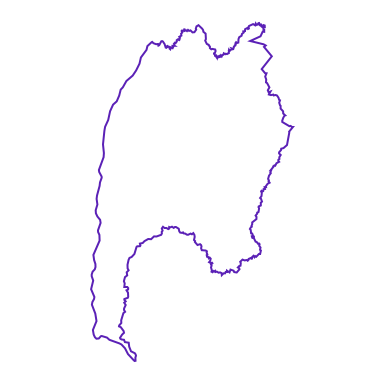 outline of Rorainópolis, Roraima, Brazil
{"feature_id": "56859067B89406114023210", "entity_name": "Rorainópolis", "entity_type": "district", "adm_level": 2, "iso_a3": "BRA", "parent_name": "Brazil", "parent_adm1": "Roraima", "projection": "natural_earth1", "projection_center": [-60.884, -0.216], "detail": "fine", "context": "isolated", "style": "outline", "palette": "violet", "viewbox_px": 384, "rotation_deg": 0, "n_neighbors": 0, "source": "geoboundaries", "source_scale": "gbopen_adm2", "svg_char_len": 5910}
<svg xmlns="http://www.w3.org/2000/svg" viewBox="0 0 384 384"><path d="M135.5,360.8L135.4,357.6L136.0,355.7L135.6,354.4L134.8,353.2L131.0,351.3L129.2,346.7L128.7,342.7L124.9,342.1L124.0,339.8L121.7,339.5L120.5,338.9L120.0,337.9L122.1,334.6L124.0,332.8L123.6,331.0L120.8,327.2L119.0,326.4L119.2,325.4L121.3,323.0L121.2,320.3L123.4,313.1L125.1,311.8L124.0,309.9L124.1,308.4L125.7,305.0L124.2,302.7L125.7,301.4L124.3,299.8L124.4,299.0L127.8,297.8L128.2,296.8L128.0,292.7L126.5,290.3L128.1,289.5L128.2,288.1L127.3,287.0L124.3,287.0L124.7,283.4L123.9,281.2L125.0,277.1L127.2,275.4L126.7,272.3L128.6,270.3L127.6,268.4L127.5,264.8L128.6,259.8L129.5,257.9L131.6,257.0L134.4,254.0L136.5,247.0L137.2,246.3L140.0,246.2L140.4,245.6L139.9,243.6L142.7,243.0L144.5,241.1L148.2,239.0L151.1,239.2L154.0,236.4L156.5,236.5L161.2,234.8L161.9,233.4L161.7,231.9L162.6,230.7L161.8,228.5L163.0,226.8L164.5,228.0L166.5,228.0L168.2,229.1L169.0,228.7L169.2,227.0L170.2,227.4L172.0,226.7L173.7,227.9L174.9,227.0L175.9,227.0L178.7,228.7L179.3,231.4L180.2,232.6L182.2,232.9L183.0,232.4L183.7,233.4L185.3,233.6L186.7,234.6L188.0,234.8L190.6,233.6L191.9,234.3L193.3,233.1L194.4,234.9L194.7,236.9L194.0,240.0L195.1,241.1L194.9,242.0L197.5,245.0L200.1,244.2L201.1,245.1L201.5,246.4L201.1,248.2L201.8,250.2L205.7,250.5L206.9,251.3L206.6,252.4L207.4,254.7L206.7,255.1L207.1,256.8L208.5,257.1L208.8,258.3L209.8,257.7L210.7,258.7L210.1,261.0L209.1,262.2L210.6,263.0L212.0,262.7L212.4,263.3L211.0,264.5L211.6,265.7L211.0,267.3L211.9,270.6L211.5,271.7L212.5,272.2L213.3,271.0L214.0,271.5L215.1,270.8L215.4,271.8L214.6,272.3L216.8,271.6L218.6,272.7L220.0,272.4L221.6,273.1L221.8,275.1L223.6,273.3L225.1,273.3L225.7,271.9L227.0,272.0L227.0,270.7L229.5,272.4L230.5,269.6L233.6,270.7L234.2,272.1L236.7,272.5L239.5,269.2L239.2,268.2L237.9,267.5L239.0,266.2L240.5,265.7L240.8,263.0L240.2,261.8L242.5,259.6L244.6,260.4L246.9,260.0L247.7,260.7L248.6,259.7L248.7,258.9L251.0,257.9L251.5,258.7L252.0,258.6L252.3,256.9L253.5,255.8L254.5,257.2L255.2,256.1L256.2,256.8L258.9,254.0L260.1,254.0L260.9,250.5L260.0,249.8L260.5,247.5L259.2,245.8L259.6,244.2L259.0,243.5L258.1,243.8L256.6,241.9L255.6,241.7L253.9,238.2L253.9,237.3L252.9,238.0L252.3,237.8L251.8,236.2L253.0,235.7L252.2,233.5L251.1,233.3L250.7,229.9L249.9,229.0L250.8,227.4L251.8,226.7L251.5,225.9L252.2,224.3L252.2,222.4L256.4,219.1L256.5,216.9L255.6,215.6L257.2,213.6L257.2,212.6L258.5,212.0L259.1,208.3L258.5,207.1L258.7,206.4L260.8,205.5L260.8,202.7L262.0,201.6L261.0,198.8L260.1,198.0L261.5,196.1L261.8,193.0L261.1,191.3L261.5,190.9L262.1,191.7L263.2,191.1L263.6,189.1L265.0,189.0L264.6,187.1L266.0,187.1L265.8,186.3L267.7,183.7L269.6,182.7L268.5,181.1L268.9,180.4L268.1,178.9L269.0,175.7L270.8,173.1L270.3,172.4L271.2,170.2L270.7,170.2L273.5,166.7L273.3,166.3L274.4,165.4L275.2,165.7L276.5,163.2L279.1,161.8L278.3,160.8L278.4,159.7L279.4,159.0L279.3,157.2L280.7,155.0L279.1,153.5L279.1,152.3L281.0,150.1L281.2,148.7L283.5,148.1L287.0,145.0L289.3,132.6L289.1,131.7L292.9,127.0L292.0,127.0L290.6,125.9L289.4,126.2L282.3,122.0L282.2,120.8L283.3,117.7L284.5,115.6L285.2,115.4L283.2,113.5L283.1,111.3L280.6,108.6L280.6,105.8L280.0,105.2L279.2,102.7L280.0,100.3L279.1,99.8L278.5,97.7L277.0,95.5L275.6,95.0L273.7,95.4L273.3,94.6L270.9,95.1L268.9,94.5L270.5,91.5L268.6,92.2L267.8,90.3L269.4,87.4L267.1,83.1L266.0,82.4L266.2,79.4L265.2,76.6L266.5,73.3L265.1,73.2L261.7,69.1L271.8,56.3L264.0,46.9L265.7,45.5L263.6,44.3L250.2,41.0L260.5,36.3L262.7,31.6L264.2,31.8L264.2,29.8L263.5,29.6L263.4,27.2L264.8,27.2L264.7,25.5L263.6,25.1L262.2,27.0L261.2,26.2L261.5,25.0L261.0,24.4L259.8,25.0L259.1,23.0L258.6,23.1L258.6,24.3L257.7,24.6L257.5,24.2L256.4,24.9L255.7,23.6L255.1,25.3L253.1,24.1L249.0,26.0L248.6,26.8L248.9,28.5L248.0,29.0L247.3,28.0L245.1,29.2L245.0,31.1L243.3,31.4L243.7,32.5L241.9,34.0L241.6,35.7L239.2,37.2L238.5,39.1L238.3,42.6L237.0,43.0L236.1,42.2L235.4,43.2L235.7,44.6L235.0,45.1L235.2,45.6L233.3,46.9L234.0,46.8L233.3,48.9L231.9,48.5L232.5,49.3L230.8,49.7L229.8,50.8L229.0,49.7L228.8,50.7L229.4,51.2L228.6,52.5L228.8,53.1L227.0,54.1L225.8,53.7L225.2,54.2L223.8,53.3L223.3,54.8L222.3,55.1L221.7,56.4L220.9,55.4L220.3,56.8L219.6,57.0L219.4,55.8L219.1,55.9L217.9,57.4L217.0,56.3L216.9,57.8L215.7,56.0L215.0,55.8L214.8,54.0L214.0,53.8L214.0,53.3L214.9,52.9L215.6,51.0L215.2,49.5L212.3,48.9L211.3,49.3L209.9,48.1L209.9,46.5L208.7,45.4L208.7,44.8L206.8,43.9L205.2,40.6L205.9,39.1L205.6,33.6L203.4,31.8L203.1,30.1L202.2,28.7L198.5,25.2L196.5,26.4L195.8,28.7L196.2,29.6L194.4,32.2L192.5,32.4L190.5,30.4L189.1,30.9L188.0,29.9L187.0,31.1L186.1,30.3L184.9,30.8L184.4,28.6L183.8,30.9L182.0,30.5L181.6,31.0L182.3,32.5L181.1,33.7L181.4,35.6L179.3,36.8L180.0,37.9L178.9,39.0L179.5,39.7L179.2,40.1L177.7,39.4L176.7,40.2L176.8,41.5L175.7,43.0L175.0,42.6L174.0,43.7L174.4,44.2L174.0,45.3L174.7,45.8L172.5,45.8L172.6,46.6L173.4,46.6L172.6,48.2L170.9,47.4L170.3,49.3L169.6,48.7L169.5,47.0L168.8,46.6L167.7,47.0L167.4,46.0L166.2,46.5L166.1,47.7L165.7,47.6L164.6,44.1L162.9,41.5L162.1,41.1L161.3,41.3L159.2,45.2L158.4,45.6L158.0,44.0L156.1,44.2L153.4,43.2L152.2,41.9L151.6,42.2L147.4,46.1L146.5,49.9L140.9,57.5L139.5,63.7L136.1,70.5L132.7,75.6L126.4,81.0L122.8,87.4L120.7,89.6L119.2,95.6L116.7,101.4L113.1,104.6L110.1,111.2L108.2,120.0L105.1,126.8L104.4,130.8L103.0,144.4L103.9,153.1L103.6,157.2L98.9,170.0L99.2,172.0L101.6,176.5L101.7,177.7L100.0,182.4L99.6,185.9L97.0,195.6L96.6,198.9L97.4,204.5L95.7,210.2L95.9,213.3L97.4,216.5L100.1,219.8L100.6,222.9L98.0,230.3L98.1,232.0L99.4,234.9L99.6,240.6L93.4,254.9L94.1,260.0L95.4,264.0L95.5,267.0L94.8,269.3L92.6,271.7L91.7,274.5L91.7,276.2L93.2,280.6L91.1,289.2L94.4,297.0L94.0,299.1L92.4,302.0L91.9,304.7L95.3,313.6L96.5,321.1L92.9,330.0L93.7,334.6L94.9,337.2L96.4,338.7L98.8,338.5L100.9,336.2L101.7,336.0L107.0,337.6L109.4,339.8L119.4,343.4L121.5,344.5L125.0,348.3L128.0,354.1L133.7,360.2L134.6,361.0L135.5,360.8Z" fill="none" stroke="#5b21b6" stroke-width="2"/></svg>